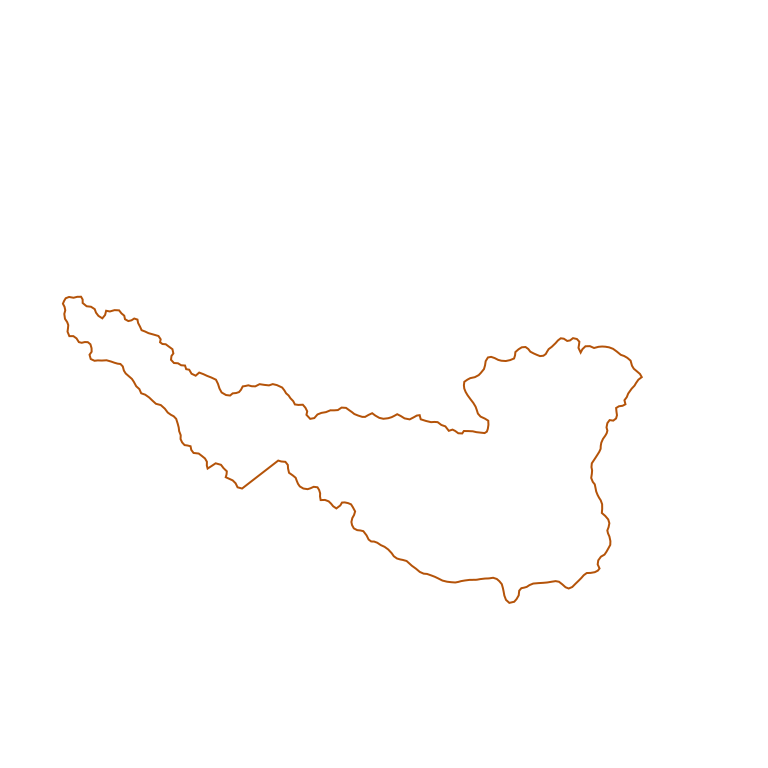 Pai Pedro, Minas Gerais, Brazil, rotated 316°
{"feature_id": "56859067B12546886236538", "entity_name": "Pai Pedro", "entity_type": "district", "adm_level": 2, "iso_a3": "BRA", "parent_name": "Brazil", "parent_adm1": "Minas Gerais", "projection": "robinson", "projection_center": [-43.166, -15.349], "detail": "fine", "context": "isolated", "style": "outline", "palette": "amber", "viewbox_px": 768, "rotation_deg": 316, "n_neighbors": 0, "source": "geoboundaries", "source_scale": "gbopen_adm2", "svg_char_len": 5710}
<svg xmlns="http://www.w3.org/2000/svg" viewBox="0 0 768 768"><g transform="rotate(316 384 384)"><path d="M268.6,285.6L265.3,285.4L262.7,282.2L261.3,277.3L262.5,273.0L264.7,268.5L266.1,264.2L264.3,259.4L262.4,255.3L260.9,251.4L259.0,247.4L254.3,247.2L252.7,242.9L253.8,238.4L252.0,235.9L253.7,232.5L251.1,229.6L250.2,226.0L247.5,223.0L247.6,218.6L250.6,216.2L253.7,215.7L256.0,212.0L255.2,207.5L254.6,203.8L252.4,201.3L251.9,198.4L254.4,196.7L255.1,192.8L252.6,188.4L249.9,183.8L248.6,180.3L247.0,176.9L248.3,173.4L249.5,169.3L251.4,166.4L249.8,163.4L246.6,162.8L243.8,161.1L242.7,157.5L244.6,154.4L244.2,150.8L244.6,147.0L241.5,143.7L237.2,141.4L235.0,138.3L231.3,140.6L227.0,141.1L225.9,136.6L226.4,132.6L227.9,129.2L226.9,124.9L224.1,121.5L223.5,116.4L225.9,113.9L226.7,110.8L223.9,108.2L220.6,106.3L217.9,102.6L214.6,101.2L211.6,102.0L208.8,103.2L207.8,106.6L205.9,109.6L202.7,111.5L199.8,115.5L199.1,119.4L197.8,122.3L195.5,124.3L192.7,126.5L190.9,131.0L193.8,133.8L194.5,137.6L193.6,141.9L195.2,144.4L197.8,145.9L200.0,148.1L200.4,151.5L198.5,155.1L196.1,157.7L192.5,158.4L190.4,162.3L191.9,166.2L194.5,168.2L197.3,171.1L200.9,174.2L203.3,178.3L204.9,181.5L206.5,184.3L208.3,186.5L208.3,189.9L206.2,193.7L205.5,197.0L205.9,201.7L206.2,205.2L205.6,208.5L204.2,213.5L204.5,217.7L202.9,222.0L204.8,225.8L205.7,230.5L205.9,235.3L206.2,239.8L208.8,244.1L209.2,249.5L208.6,254.3L209.3,258.1L210.3,261.1L210.3,264.7L207.9,269.5L206.1,272.7L203.9,275.6L202.2,279.6L199.4,282.3L198.2,285.8L198.1,289.4L199.9,291.7L201.6,294.4L199.6,297.5L199.1,301.3L202.4,305.3L203.0,309.2L203.5,313.2L202.6,316.9L199.9,319.6L198.4,322.3L202.9,323.2L207.8,324.1L210.6,328.9L210.1,333.3L210.3,337.6L208.0,339.6L205.4,341.1L206.7,344.4L208.2,348.2L208.3,352.3L206.9,356.6L209.3,360.6L254.7,365.6L256.3,368.4L259.0,371.5L258.6,375.4L256.3,378.1L254.0,381.9L254.9,386.5L255.3,390.1L254.0,393.0L252.8,396.1L252.3,399.2L253.4,403.2L256.0,406.6L258.6,407.9L262.0,409.1L264.4,412.1L263.7,415.2L262.1,418.3L259.9,420.4L257.8,423.5L261.0,426.4L262.7,430.0L262.8,433.3L262.5,436.6L263.3,440.4L268.2,441.0L271.4,440.1L273.5,441.9L275.4,444.7L276.7,447.7L276.0,451.0L274.7,455.6L271.5,457.4L268.1,458.4L264.7,460.6L263.0,463.3L262.0,466.9L263.2,470.5L265.3,473.0L266.9,475.5L266.3,480.8L264.9,485.2L265.4,488.4L267.4,490.4L268.9,493.5L269.8,497.7L271.3,501.5L272.1,506.0L272.0,511.1L271.4,514.7L272.1,518.5L273.7,521.3L275.3,523.6L277.3,527.0L277.8,534.1L278.7,539.1L279.2,544.0L280.8,548.0L283.0,550.5L285.0,554.5L286.6,557.9L287.9,561.4L289.5,566.0L292.0,570.0L294.7,573.3L297.4,576.3L300.0,578.0L302.6,579.4L305.8,581.6L309.7,584.5L312.3,587.0L314.7,589.2L317.7,591.2L321.5,594.1L324.4,596.7L327.9,599.2L329.7,602.6L330.0,605.9L329.7,609.8L327.7,613.5L326.0,616.2L323.6,619.8L321.8,624.0L322.1,628.5L326.4,631.1L330.0,630.8L334.1,629.6L337.7,626.6L341.0,626.3L343.3,627.8L345.7,629.1L348.9,629.7L352.7,631.2L357.0,634.7L360.5,637.7L363.6,640.2L367.1,642.6L370.5,645.0L372.5,647.8L373.1,652.1L373.4,656.3L374.8,659.4L378.4,660.8L383.2,660.7L387.4,660.7L391.3,660.6L394.8,660.3L398.5,660.8L401.4,663.4L404.9,665.8L408.2,666.8L410.9,666.4L412.4,662.2L415.6,659.7L420.1,658.9L424.1,659.9L427.5,659.2L431.2,658.1L435.0,656.9L437.7,654.3L440.2,650.3L441.4,647.0L442.9,644.5L446.1,643.0L449.4,640.7L451.2,637.2L451.5,632.6L451.1,628.1L454.2,625.4L457.4,622.0L459.1,618.2L459.7,615.2L460.6,612.1L462.0,608.7L464.0,605.6L465.9,602.6L466.2,599.4L467.8,595.5L471.1,593.0L473.7,590.7L475.5,587.9L478.4,585.4L482.1,584.6L485.2,583.9L488.2,583.2L491.8,582.3L494.8,581.1L496.9,579.1L499.5,577.2L503.4,575.6L507.2,574.9L510.0,574.1L512.3,572.7L513.9,569.8L517.5,567.3L521.2,566.7L523.5,569.6L527.0,570.0L529.9,568.3L532.0,565.4L534.3,562.5L537.5,563.2L540.5,565.4L543.6,566.3L545.7,562.7L549.5,562.1L553.0,560.5L558.9,559.4L563.1,559.2L565.9,558.4L570.0,557.6L574.2,558.1L575.1,554.6L574.7,550.3L574.3,546.5L575.1,543.1L577.6,538.5L577.2,534.2L576.2,530.7L574.6,527.5L574.0,522.3L573.2,517.8L571.4,514.0L569.1,510.9L567.0,508.6L564.2,506.3L560.1,504.0L558.4,499.8L555.1,496.8L550.9,496.8L547.3,498.0L549.0,493.1L551.6,491.2L553.9,489.3L554.0,485.6L551.8,482.3L548.1,481.9L545.7,480.3L544.8,476.3L542.9,473.9L539.4,473.5L535.7,473.8L530.5,473.8L526.7,473.3L523.8,474.0L521.2,474.8L518.3,474.4L515.6,472.3L514.2,469.2L512.9,466.0L511.7,462.4L512.1,459.1L511.5,455.7L508.6,453.3L504.9,452.5L500.7,452.3L498.2,454.4L495.3,456.0L491.3,454.4L487.6,452.1L484.6,448.8L482.9,446.0L481.6,442.2L479.9,438.9L477.2,437.1L473.0,438.2L469.6,440.8L466.3,442.7L461.2,443.3L458.3,443.4L454.1,442.2L450.1,439.7L447.0,438.8L443.3,438.2L440.6,440.4L438.6,443.0L437.2,446.4L436.3,450.2L435.6,455.3L435.1,459.7L434.1,464.0L432.6,467.3L431.0,470.5L430.8,474.5L432.5,478.9L433.5,482.8L430.8,485.9L427.5,488.4L424.9,489.7L422.3,489.2L419.8,486.2L417.0,482.8L415.0,479.7L412.1,476.6L408.8,473.3L405.9,473.9L403.2,471.0L402.6,467.2L401.6,464.4L398.1,462.7L398.7,457.1L396.8,453.3L396.1,448.7L393.9,446.3L391.3,444.1L388.5,439.7L385.9,434.9L388.0,431.2L385.7,429.5L382.2,428.6L377.9,427.3L374.9,423.0L373.8,418.6L372.5,414.9L369.4,414.1L366.5,413.2L363.2,411.5L359.4,408.6L357.1,405.1L355.8,400.6L355.2,396.8L351.4,395.5L347.5,394.5L345.5,392.5L343.5,388.8L341.8,385.0L341.4,381.9L340.8,378.8L340.1,374.8L337.1,371.5L332.7,370.7L329.7,368.2L327.2,365.7L322.7,363.9L318.9,361.3L315.0,359.7L310.2,360.1L306.7,357.8L306.8,352.3L309.8,350.3L311.0,346.4L311.2,342.5L307.9,339.6L305.7,336.8L306.8,333.3L306.8,329.2L307.4,326.0L307.1,322.7L307.9,319.4L308.3,315.8L306.2,310.4L303.9,306.8L300.3,305.1L297.3,301.5L294.4,297.7L289.8,296.3L287.2,293.6L285.5,290.7L283.0,289.2L280.7,287.6L277.1,288.8L274.1,289.1L271.4,287.8L268.6,285.6Z" fill="none" stroke="#b45309" stroke-width="2"/></g></svg>